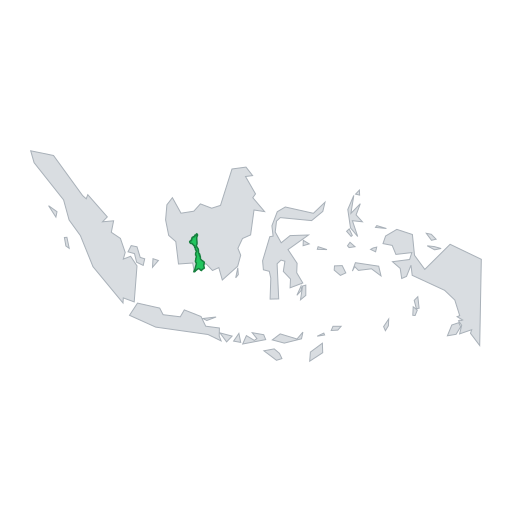 Seruyan, Kalimantan Tengah, Indonesia shown in context
{"feature_id": "22746128B10156150641021", "entity_name": "Seruyan", "entity_type": "district", "adm_level": 2, "iso_a3": "IDN", "parent_name": "Indonesia", "parent_adm1": "Kalimantan Tengah", "projection": "equal_earth", "projection_center": [112.304, -2.121], "detail": "fine", "context": "in_parent", "style": "filled", "palette": "green", "viewbox_px": 512, "rotation_deg": 0, "n_neighbors": 0, "source": "geoboundaries", "source_scale": "gbopen_adm2", "svg_char_len": 6942}
<svg xmlns="http://www.w3.org/2000/svg" viewBox="0 0 512 512"><path d="M172.4,197.7L181.0,213.2L193.8,211.2L200.4,203.9L211.7,208.2L220.5,205.4L232.0,169.0L246.0,167.1L252.6,175.6L245.5,176.5L255.5,193.9L252.8,197.7L264.6,211.6L254.0,210.0L250.6,234.9L242.5,238.5L237.9,248.3L240.7,255.2L237.7,266.2L222.3,280.0L218.8,267.6L212.5,270.5L205.9,263.6L194.3,271.8L192.7,263.0L178.5,264.0L175.8,241.6L168.7,235.4L165.6,219.9L166.9,204.8L172.4,197.7ZM30.7,150.8L53.5,155.5L82.6,195.6L86.2,198.8L87.8,194.7L107.3,216.9L102.5,221.8L113.6,220.8L111.3,232.3L120.4,238.4L125.2,252.4L123.3,259.1L130.6,256.3L137.0,265.9L134.2,301.9L123.3,297.9L123.0,303.0L93.0,266.7L80.4,235.6L69.1,220.0L63.6,199.9L34.1,162.7L30.7,150.8ZM481.3,259.3L479.7,345.5L470.5,333.3L471.7,329.7L459.6,333.9L461.7,325.3L458.5,320.8L459.6,320.2L461.6,320.5L462.7,320.0L457.1,316.7L459.7,315.6L454.8,300.0L444.6,290.3L412.2,275.3L411.0,265.2L406.5,276.4L401.7,278.5L400.2,268.4L392.5,261.7L409.6,259.5L411.8,252.6L395.9,254.4L392.2,245.4L383.0,243.6L385.6,236.0L396.8,229.4L412.4,234.5L414.5,255.3L424.8,269.4L450.1,244.3L481.3,259.3ZM322.8,211.4L311.6,220.6L280.3,217.6L276.5,221.1L275.2,232.0L281.2,242.8L290.1,235.6L308.5,235.0L288.0,249.6L297.1,263.3L296.7,272.7L302.8,283.0L290.1,287.8L290.5,279.0L283.3,271.4L284.9,261.2L281.0,260.1L277.1,263.8L278.7,298.9L270.1,299.1L270.8,278.2L269.3,271.3L263.4,269.8L262.6,260.8L269.8,236.7L273.1,236.1L271.9,225.8L277.3,211.7L285.3,207.0L313.4,213.3L325.0,202.2L322.8,211.4ZM137.5,303.1L159.7,308.1L163.1,314.7L180.3,316.8L184.3,309.9L201.0,316.5L205.7,326.2L219.4,328.0L219.2,336.1L221.1,340.9L208.0,334.5L155.7,327.1L129.5,315.3L137.5,303.1ZM350.9,213.4L360.3,203.7L356.1,214.9L362.4,221.8L352.4,220.7L357.7,236.5L350.5,227.9L347.8,209.5L353.8,195.4L350.9,213.4ZM355.4,262.7L378.7,266.2L381.0,275.9L371.5,268.8L358.4,270.4L354.7,266.6L352.4,271.1L355.4,262.7ZM301.5,338.8L284.3,343.1L272.3,339.9L280.2,333.9L297.0,339.0L302.9,332.1L301.5,338.8ZM252.2,332.7L263.7,334.7L265.7,339.6L242.7,344.0L246.4,335.6L254.3,340.4L256.9,338.6L252.2,332.7ZM322.4,343.2L322.7,352.7L309.7,361.2L310.4,352.1L322.4,343.2ZM137.0,246.8L140.2,257.4L144.7,258.8L143.2,265.4L136.6,262.2L134.5,253.6L128.0,251.8L131.2,245.6L137.0,246.8ZM456.1,334.3L447.4,335.8L451.8,325.0L458.7,322.7L460.7,326.7L456.1,334.3ZM274.2,348.9L279.5,353.4L281.9,358.6L276.5,360.3L263.9,350.8L274.2,348.9ZM342.2,265.6L345.8,272.9L340.4,275.4L334.2,270.1L334.5,265.9L342.2,265.6ZM220.0,332.9L232.1,336.1L226.6,341.9L220.0,332.9ZM238.9,333.4L240.7,342.4L233.6,341.1L238.9,333.4ZM158.4,260.5L152.5,267.3L153.0,258.7L158.4,260.5ZM417.8,296.7L419.1,308.2L416.4,308.7L414.2,300.4L417.8,296.7ZM216.1,317.0L206.8,320.5L202.9,318.5L216.1,317.0ZM305.8,285.1L305.8,295.4L300.5,299.8L302.6,286.0L305.8,285.1ZM48.6,205.7L57.0,211.7L55.9,217.1L48.6,205.7ZM69.2,248.3L65.9,246.0L64.4,237.5L66.9,237.3L69.2,248.3ZM385.4,330.7L383.6,326.6L388.7,319.0L388.4,325.8L385.4,330.7ZM376.8,225.6L386.4,228.5L375.5,227.4L376.8,225.6ZM318.1,246.7L327.0,249.6L317.3,249.3L318.1,246.7ZM301.6,290.1L296.9,295.3L301.1,286.0L301.6,290.1ZM426.3,233.3L431.3,234.3L436.1,239.2L431.5,240.3L426.3,233.3ZM341.1,326.3L337.8,330.1L331.2,330.5L333.0,326.3L341.1,326.3ZM417.3,310.1L415.1,315.5L412.8,315.3L413.2,306.8L417.3,310.1ZM355.0,246.7L349.1,247.6L347.5,245.8L350.0,242.3L355.0,246.7ZM427.2,245.8L434.3,246.6L441.1,248.5L434.6,249.8L427.2,245.8ZM303.3,240.3L309.2,243.9L303.1,245.7L303.3,240.3ZM359.6,195.1L355.6,194.1L359.4,190.1L359.6,195.1ZM317.2,336.2L323.8,333.1L324.6,335.0L317.2,336.2ZM376.7,247.1L375.6,251.8L370.6,249.4L373.1,248.0L376.7,247.1ZM238.3,274.6L235.7,277.8L237.8,267.8L238.3,274.6ZM349.2,228.9L352.3,235.4L351.1,236.4L346.6,231.3L349.2,228.9Z" fill="#d9dde1" stroke="#a8b0b8" stroke-width="1"/><path d="M197.2,234.3L197.0,234.2L196.9,234.1L196.7,233.9L196.6,234.0L196.5,234.3L196.4,234.3L196.3,234.5L196.2,234.5L196.2,234.8L196.1,235.0L195.9,235.1L195.7,235.2L195.7,235.3L195.4,235.3L195.3,235.1L195.2,235.1L194.9,235.2L194.9,235.3L195.0,235.3L195.0,235.5L194.9,235.5L194.9,235.8L194.7,235.8L194.6,236.0L194.4,236.2L194.4,236.3L194.2,236.4L194.2,236.5L194.0,236.8L193.9,236.7L193.7,236.7L193.4,236.7L193.3,236.8L193.2,236.8L193.1,237.0L192.9,237.1L192.8,237.3L192.7,237.3L192.4,237.5L192.2,237.5L192.0,237.8L192.0,238.1L191.9,238.3L192.0,238.5L192.0,238.8L191.9,239.0L191.7,239.0L191.5,239.3L191.4,239.6L191.4,239.9L191.4,240.1L191.5,240.2L191.5,240.3L191.4,240.4L191.4,240.6L191.2,240.8L190.8,240.8L190.7,240.7L190.5,240.8L190.4,240.8L190.2,241.1L190.1,241.3L189.8,241.4L189.7,241.5L189.7,241.9L189.7,242.0L189.8,242.2L189.8,242.3L190.3,243.1L190.5,243.3L191.0,243.5L191.5,243.5L191.8,243.4L192.0,243.5L192.3,243.8L192.6,244.2L193.1,244.6L193.5,245.1L193.6,245.3L193.8,245.5L194.1,245.8L194.3,245.8L194.3,246.0L194.5,246.2L194.6,246.3L194.6,246.6L194.6,246.9L194.7,247.1L194.8,247.4L194.8,247.5L195.2,247.7L195.3,247.7L195.3,247.8L195.3,248.1L195.3,248.5L195.3,248.8L195.3,249.0L195.4,249.3L195.5,249.4L195.6,249.9L196.0,250.4L196.3,250.5L196.5,250.7L196.6,251.2L196.5,251.6L196.3,251.6L196.2,251.9L195.9,252.5L195.8,252.9L195.8,253.1L195.7,253.3L195.6,253.6L195.6,253.8L195.6,254.1L195.6,254.4L195.6,254.6L195.6,254.8L195.6,255.0L196.0,255.2L196.2,255.9L196.2,256.1L196.3,256.6L196.3,257.0L196.2,257.5L195.9,258.2L195.8,258.9L195.8,259.5L195.7,259.9L195.6,260.4L195.6,260.6L195.4,261.0L195.5,261.6L195.6,262.0L196.0,262.5L196.2,263.0L196.3,263.0L196.3,263.6L196.2,264.6L195.7,266.2L195.4,267.4L195.1,268.6L194.7,269.6L194.5,269.9L193.9,271.6L194.0,271.6L194.3,271.7L194.5,271.7L194.8,271.6L195.0,271.5L195.1,271.3L195.3,271.0L195.6,270.7L195.8,270.5L196.1,270.2L196.5,269.9L196.7,269.7L197.0,269.5L197.1,269.4L197.4,269.2L197.6,269.0L197.7,268.9L197.9,268.8L198.2,268.7L198.3,268.6L198.5,268.6L198.8,268.6L199.1,268.7L199.2,268.8L199.3,268.8L199.5,268.9L199.6,269.0L199.9,269.2L199.9,269.3L200.0,269.4L200.0,269.5L200.3,269.8L200.5,269.9L200.6,270.1L200.8,270.2L200.9,270.3L201.0,270.3L201.3,270.4L201.3,270.2L201.5,270.1L201.8,270.0L201.9,269.9L202.0,269.9L202.1,269.7L202.3,269.5L202.3,269.4L202.5,269.3L202.7,269.1L202.9,269.0L203.0,269.0L203.5,268.6L203.8,268.5L203.8,268.4L204.1,268.2L204.3,268.0L204.0,266.7L203.9,266.3L203.7,265.1L203.8,264.6L204.1,263.6L204.3,262.2L203.4,261.6L203.0,261.1L202.5,260.8L201.7,260.3L201.4,259.9L200.8,259.4L200.5,258.9L200.4,258.5L200.4,257.8L200.3,256.6L200.2,256.5L200.0,256.4L200.0,255.9L200.0,255.6L199.7,255.6L199.7,254.8L199.4,254.8L199.4,253.8L199.2,253.8L199.2,253.7L198.9,253.5L198.9,253.4L198.5,252.5L198.5,251.1L198.5,250.9L198.4,250.1L198.4,249.8L198.4,249.7L198.3,249.4L198.2,249.3L198.2,249.2L198.2,248.9L198.0,248.7L197.8,248.5L197.7,248.4L197.7,248.2L197.1,247.2L196.6,246.5L196.4,245.9L196.4,245.5L196.5,245.1L196.8,244.5L197.0,243.9L197.0,243.4L197.0,242.8L197.0,242.1L196.8,240.1L196.7,237.8L196.9,236.9L197.4,235.6L197.5,235.2L197.5,234.9L197.4,234.7L197.3,234.3L197.2,234.3Z" fill="#22c55e" stroke="#15803d" stroke-width="1.5"/></svg>